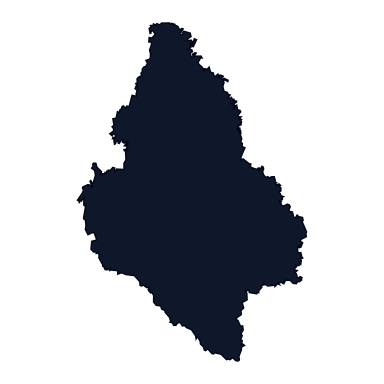 Rangpur, Rangpur, Bangladesh (Equal Earth projection), rotated 180°
{"feature_id": "16705992B34260815515495", "entity_name": "Rangpur", "entity_type": "district", "adm_level": 2, "iso_a3": "BGD", "parent_name": "Bangladesh", "parent_adm1": "Rangpur", "projection": "equal_earth", "projection_center": [89.232, 25.633], "detail": "fine", "context": "isolated", "style": "filled", "palette": "ink", "viewbox_px": 384, "rotation_deg": 180, "n_neighbors": 0, "source": "geoboundaries", "source_scale": "gbopen_adm2", "svg_char_len": 6020}
<svg xmlns="http://www.w3.org/2000/svg" viewBox="0 0 384 384"><g transform="rotate(180 192 192)"><path d="M210.0,359.9L212.3,360.7L213.5,359.6L214.4,361.0L222.4,360.9L224.3,359.2L227.3,360.3L228.3,359.0L230.5,360.0L230.6,358.7L233.5,358.4L232.7,357.2L234.8,355.6L233.9,350.6L233.2,350.8L232.9,352.6L231.1,353.4L228.7,349.5L232.3,345.9L234.8,346.5L235.2,342.1L232.5,341.8L232.6,339.1L234.4,333.9L233.5,330.3L233.6,326.7L234.2,324.9L238.1,323.6L236.5,320.6L238.4,317.5L240.1,317.0L241.7,314.9L241.8,312.2L243.0,310.8L242.2,308.5L245.8,306.6L247.0,304.9L246.6,301.2L248.2,300.5L247.5,299.2L246.6,299.7L246.8,297.6L247.9,297.8L248.9,295.4L246.8,293.6L247.8,290.5L247.7,287.7L251.9,288.7L254.9,277.2L257.0,278.0L258.3,276.0L260.9,278.1L262.1,277.1L262.3,275.2L263.9,274.4L264.8,271.4L266.5,272.3L267.9,265.8L271.1,265.2L270.0,258.7L271.9,257.2L270.7,255.9L270.2,253.1L274.2,250.3L271.9,248.2L271.6,249.9L268.0,248.9L268.4,247.1L271.1,246.3L271.5,245.3L269.4,245.5L270.1,243.9L269.5,239.8L268.5,240.3L267.9,242.4L265.9,243.2L265.8,241.0L264.9,240.5L262.1,244.8L261.0,244.2L261.5,241.9L259.7,240.9L257.2,242.9L256.1,241.9L256.4,239.5L257.3,241.1L259.6,238.2L257.3,237.9L257.0,235.3L260.1,234.2L259.5,233.2L256.9,233.8L258.4,232.4L258.0,224.0L260.0,220.9L260.0,214.5L267.3,214.9L268.1,212.7L269.2,213.3L269.4,216.1L271.3,216.5L273.6,213.6L275.7,213.8L275.7,212.7L277.2,212.9L277.8,211.0L279.0,211.5L279.4,210.0L281.6,210.3L282.0,209.3L282.9,209.7L282.6,212.4L287.1,216.9L288.2,220.8L290.7,220.7L291.3,219.4L290.7,218.4L292.3,215.8L289.3,213.5L288.5,208.7L290.8,201.2L292.0,200.9L293.2,203.4L294.0,202.8L291.8,197.4L292.3,196.8L294.2,198.9L296.0,199.4L301.2,197.0L301.5,195.8L300.5,194.0L301.4,191.4L306.5,183.8L305.4,183.4L304.5,180.8L304.6,183.9L302.8,182.8L300.0,186.3L300.2,178.9L299.6,178.3L298.3,179.1L298.3,178.4L300.4,166.0L300.3,165.0L299.0,164.8L298.4,162.5L298.0,158.3L298.6,154.5L296.0,149.3L291.8,151.4L289.8,151.2L287.2,144.0L292.2,142.7L293.0,134.8L290.4,132.0L288.0,132.2L287.8,130.5L285.5,131.0L284.8,128.1L285.2,126.3L281.2,119.0L281.3,117.8L280.4,117.7L278.8,114.4L277.0,115.7L277.5,114.8L277.0,114.1L275.9,115.6L274.2,113.5L272.8,115.4L272.6,114.0L266.2,113.3L266.2,109.9L262.2,111.3L258.3,109.5L249.6,108.4L244.2,102.3L243.9,98.6L242.7,98.0L240.7,98.9L237.3,96.4L235.2,96.7L234.8,96.0L235.8,94.6L235.2,93.2L233.2,91.0L231.9,91.4L230.3,88.5L230.4,82.0L227.8,78.7L223.4,78.1L222.2,74.8L219.3,73.7L218.6,71.4L214.5,66.7L213.1,62.1L213.9,62.0L214.0,61.9L211.6,61.2L210.3,58.7L208.1,58.7L206.7,60.8L203.8,61.7L201.7,58.1L199.2,58.3L197.4,56.4L192.6,54.4L188.3,48.1L187.9,45.2L187.1,46.7L186.1,46.6L183.9,42.9L183.5,40.0L180.5,37.0L179.6,33.8L178.2,33.4L176.5,35.3L172.0,30.4L170.4,30.1L169.2,31.2L163.0,29.8L157.5,24.4L155.0,25.0L154.1,24.3L151.3,26.3L148.3,23.4L145.9,23.0L144.6,24.1L145.2,27.5L142.7,34.0L142.5,36.9L139.5,38.6L141.9,40.4L142.5,39.0L143.3,39.3L141.8,42.7L142.0,43.5L142.8,43.2L143.1,45.1L141.8,48.3L143.0,50.3L140.8,54.1L141.4,58.1L142.5,57.5L143.8,58.5L146.2,63.7L147.8,63.9L147.3,66.2L142.7,69.4L143.1,73.3L140.3,76.1L141.9,81.4L136.9,84.2L137.2,90.9L138.4,92.7L138.1,93.9L137.4,93.0L135.2,94.2L134.7,91.5L127.3,90.2L126.7,91.3L125.3,91.4L125.2,93.4L122.3,96.5L122.3,98.0L120.1,101.1L120.3,99.1L118.3,99.5L116.3,98.0L109.4,98.8L109.1,97.5L106.4,100.3L104.6,99.5L105.7,101.2L102.7,101.6L100.2,100.2L98.5,103.7L93.8,103.7L90.8,100.6L87.6,100.4L86.6,102.3L84.4,102.4L82.3,104.1L83.1,104.9L82.0,106.3L83.9,107.4L85.9,105.7L86.7,106.1L87.5,109.9L89.0,111.4L86.9,113.4L89.2,113.9L89.4,115.3L87.5,117.5L87.7,118.4L84.9,118.5L84.0,121.1L83.3,120.0L82.7,123.6L83.5,123.9L83.3,125.6L81.4,125.8L81.5,126.7L83.3,126.9L82.5,128.4L83.2,131.4L85.3,131.0L86.3,132.4L86.6,136.4L85.6,136.6L86.7,137.9L85.1,137.2L84.3,138.0L84.5,136.4L83.2,136.8L81.4,141.2L83.5,142.7L83.5,144.4L77.7,147.4L78.1,150.2L77.5,152.2L81.9,162.4L80.9,163.7L81.5,166.5L85.2,167.3L86.9,168.9L88.4,166.5L90.2,166.4L91.6,172.0L95.4,172.9L93.8,177.4L94.9,179.2L96.7,179.8L100.4,177.9L103.0,179.2L102.9,180.7L103.8,181.5L103.1,182.3L104.5,182.3L104.5,183.3L101.6,184.5L101.9,186.5L100.5,187.3L103.3,188.5L103.6,190.3L104.9,191.4L105.0,192.4L103.2,193.0L103.1,195.9L104.6,197.6L103.5,198.6L104.8,199.8L104.9,198.6L105.7,199.7L107.9,199.1L108.5,200.2L107.5,201.4L109.1,201.9L108.8,203.8L109.8,207.3L112.9,207.1L114.3,205.9L116.2,207.3L118.4,206.6L120.7,209.6L121.4,212.7L120.4,214.8L120.7,216.8L122.0,217.7L123.3,215.4L125.0,216.0L125.2,214.2L126.3,215.4L126.8,214.5L132.8,216.5L133.5,217.3L133.3,220.1L134.5,220.0L141.0,225.1L142.9,223.7L143.1,226.9L139.1,236.3L141.9,237.3L141.7,240.6L143.4,241.8L142.3,245.1L143.7,249.4L143.1,251.0L145.7,252.2L143.5,252.3L143.4,253.3L144.3,254.8L145.5,253.2L147.2,256.1L145.8,254.7L144.2,255.0L144.2,255.9L145.7,256.2L145.8,257.8L144.2,258.6L144.1,260.2L143.1,259.3L142.5,262.2L143.7,264.0L142.7,264.5L144.7,265.9L143.1,267.1L145.4,267.2L146.0,268.8L143.3,272.2L144.0,273.6L146.5,274.2L147.3,278.8L148.8,278.2L149.4,275.6L150.5,275.0L149.8,279.2L151.1,278.8L153.1,280.4L150.0,280.5L147.6,281.8L147.4,282.8L149.4,283.1L150.2,284.7L151.2,283.7L152.9,287.2L152.9,285.5L156.0,286.1L153.9,289.1L156.0,289.6L156.6,291.5L160.0,292.7L161.2,297.4L160.0,301.5L161.0,303.4L158.7,304.0L156.3,302.4L155.9,303.7L159.8,305.6L162.0,304.8L163.6,308.0L161.4,307.0L160.8,307.3L161.2,308.1L163.9,308.9L165.3,307.2L166.1,309.9L168.8,307.3L170.5,309.1L170.5,310.9L173.5,311.9L174.9,316.8L176.8,314.7L180.1,315.4L179.6,312.7L180.2,312.9L181.4,314.2L181.9,316.9L185.2,319.8L185.9,321.7L183.5,326.0L181.9,326.1L183.1,327.9L189.1,327.8L189.3,328.9L187.8,330.9L189.0,331.2L191.4,329.8L190.8,327.1L192.2,326.8L193.1,327.7L193.7,331.3L191.6,332.3L192.1,334.0L194.4,335.2L196.9,334.0L192.3,337.6L194.1,339.1L193.7,340.4L190.8,338.0L191.0,336.7L187.5,344.2L189.6,345.2L191.2,341.1L192.8,343.8L196.6,343.3L196.3,345.3L193.0,347.4L193.8,350.9L200.2,352.7L202.4,349.1L203.4,348.8L204.2,351.1L202.9,351.7L200.9,355.1L202.2,355.5L204.3,353.9L206.2,357.6L210.7,359.6L210.0,359.9Z" fill="#0f172a" stroke="#020617" stroke-width="1.5"/></g></svg>